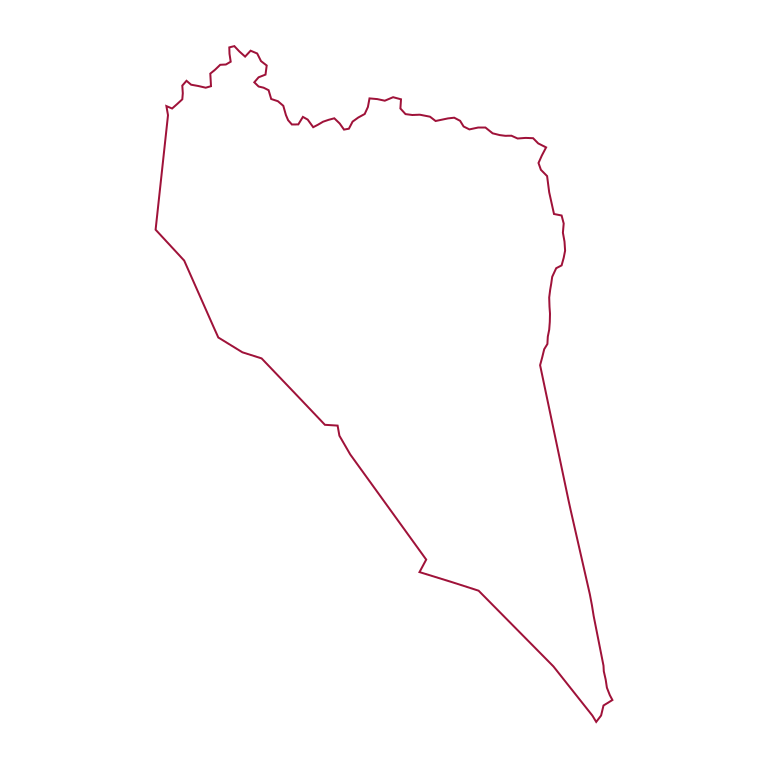 Ponto Novo, Bahia, Brazil
{"feature_id": "56859067B49472720818380", "entity_name": "Ponto Novo", "entity_type": "district", "adm_level": 2, "iso_a3": "BRA", "parent_name": "Brazil", "parent_adm1": "Bahia", "projection": "robinson", "projection_center": [-40.103, -10.99], "detail": "fine", "context": "isolated", "style": "outline", "palette": "rose", "viewbox_px": 768, "rotation_deg": 0, "n_neighbors": 0, "source": "geoboundaries", "source_scale": "gbopen_adm2", "svg_char_len": 1786}
<svg xmlns="http://www.w3.org/2000/svg" viewBox="0 0 768 768"><path d="M596.2,721.9L601.1,715.5L603.5,705.5L612.4,700.0L609.8,695.1L606.9,687.7L605.7,679.7L603.8,671.3L603.5,665.7L593.7,616.2L591.9,605.1L589.8,594.1L570.7,510.3L568.5,500.3L540.1,365.2L542.2,357.4L544.2,349.2L547.4,344.0L547.8,336.7L549.2,329.7L549.8,322.0L550.0,313.7L549.5,306.7L549.2,297.5L550.2,289.6L551.2,283.8L552.2,276.8L556.2,268.2L561.6,265.4L563.7,257.8L565.1,250.7L564.5,241.6L562.9,232.7L563.7,223.5L561.6,215.5L554.0,214.0L549.2,192.3L547.1,176.1L540.9,169.8L538.5,163.0L541.8,155.6L546.1,147.4L538.2,143.4L533.1,138.2L525.6,137.9L517.6,138.5L511.4,135.7L505.2,135.8L499.8,135.1L492.6,133.3L485.4,127.5L478.3,127.5L469.4,129.4L463.6,126.5L460.1,120.8L454.2,117.7L448.0,118.4L441.3,119.8L435.6,121.0L430.0,116.7L419.8,114.7L412.3,115.0L405.5,114.1L400.4,108.5L401.0,99.3L393.1,97.2L384.8,100.7L377.3,99.1L369.5,98.4L367.9,107.0L364.7,114.0L358.3,117.5L352.6,121.6L348.9,128.7L344.0,129.6L339.7,123.5L334.3,118.3L328.7,119.8L323.1,121.7L318.0,124.7L313.2,127.2L307.7,119.6L302.9,116.9L298.3,124.4L291.9,124.5L288.1,120.2L285.9,115.0L283.3,105.8L277.9,101.2L271.2,99.0L268.6,90.2L263.6,87.7L258.6,86.5L254.3,82.3L258.6,77.3L265.5,74.6L266.7,65.5L261.0,61.1L257.2,53.5L250.6,50.7L245.1,56.6L239.3,51.4L234.3,46.1L229.3,47.4L229.5,53.8L230.7,61.7L225.9,64.5L220.2,64.8L215.1,69.7L210.3,73.6L211.0,86.2L205.7,87.7L198.3,86.0L191.1,84.7L186.5,80.8L182.3,85.6L182.8,93.3L182.3,99.3L177.2,104.0L172.1,108.5L166.4,106.1L168.0,115.2L155.6,229.7L184.2,260.6L213.5,326.8L218.3,337.5L242.4,352.3L261.6,358.4L297.8,396.3L324.9,424.8L337.6,425.6L339.4,435.7L350.2,454.4L426.2,559.6L419.5,572.1L452.5,582.3L478.6,590.7L553.4,666.4L587.0,708.8L592.4,715.6L596.2,721.9Z" fill="none" stroke="#9f1239" stroke-width="2"/></svg>